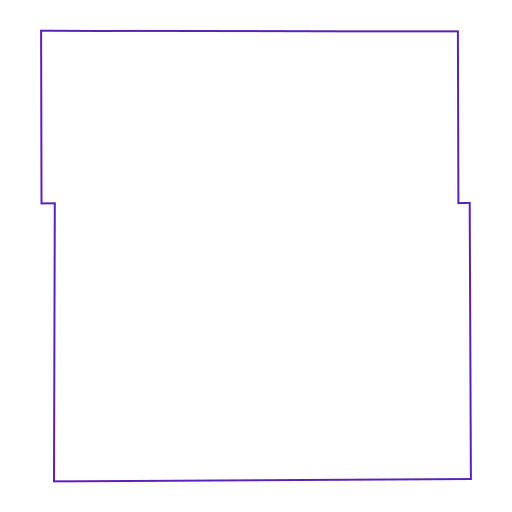 outline of Dawes, Nebraska, United States of America
{"feature_id": "52423323B29659430043137", "entity_name": "Dawes", "entity_type": "district", "adm_level": 2, "iso_a3": "USA", "parent_name": "United States of America", "parent_adm1": "Nebraska", "projection": "albers", "projection_center": [-103.155, 42.719], "detail": "fine", "context": "isolated", "style": "outline", "palette": "violet", "viewbox_px": 512, "rotation_deg": 0, "n_neighbors": 0, "source": "geoboundaries", "source_scale": "gbopen_adm2", "svg_char_len": 294}
<svg xmlns="http://www.w3.org/2000/svg" viewBox="0 0 512 512"><path d="M470.9,479.0L469.7,202.9L458.4,203.1L457.9,31.3L336.0,31.3L259.4,31.1L258.7,31.1L137.1,30.9L99.8,31.0L41.1,30.7L41.5,203.4L54.8,203.3L54.0,481.3L74.9,481.3L470.9,479.0Z" fill="none" stroke="#5b21b6" stroke-width="2"/></svg>